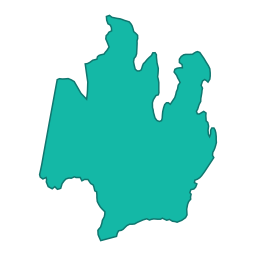 São João de Pirabas, Pará, Brazil (Equal Earth projection)
{"feature_id": "56859067B96544819367141", "entity_name": "São João de Pirabas", "entity_type": "district", "adm_level": 2, "iso_a3": "BRA", "parent_name": "Brazil", "parent_adm1": "Pará", "projection": "equal_earth", "projection_center": [-47.192, -0.774], "detail": "fine", "context": "isolated", "style": "filled", "palette": "teal", "viewbox_px": 256, "rotation_deg": 0, "n_neighbors": 0, "source": "geoboundaries", "source_scale": "gbopen_adm2", "svg_char_len": 3305}
<svg xmlns="http://www.w3.org/2000/svg" viewBox="0 0 256 256"><path d="M39.6,174.7L40.3,177.1L42.9,179.0L46.1,177.5L46.6,179.6L46.3,181.9L48.2,186.6L52.2,188.8L54.8,186.7L57.4,189.3L59.0,188.9L60.7,188.3L62.1,183.6L64.4,180.5L66.1,178.9L68.9,178.0L71.3,178.2L74.4,176.8L76.0,177.5L80.2,177.5L81.9,180.8L84.6,179.4L88.0,179.5L90.7,183.5L93.2,185.0L93.9,187.0L94.8,190.8L96.6,191.8L96.9,195.0L96.9,197.8L97.3,201.5L98.8,204.5L100.5,207.2L102.3,209.2L104.9,211.8L104.8,214.1L104.3,216.8L102.4,220.3L101.8,223.5L100.5,227.2L99.1,228.7L97.9,230.3L98.1,234.6L99.0,236.8L100.7,240.6L108.6,238.5L116.5,236.4L117.3,233.2L118.6,230.8L121.4,230.3L123.1,229.3L125.4,227.0L126.9,225.6L129.6,224.2L132.1,224.2L134.7,223.9L137.3,222.4L143.0,219.9L146.7,218.8L149.5,220.0L151.1,219.4L153.7,218.9L157.8,219.2L160.6,219.2L162.3,218.2L166.7,220.2L169.5,219.4L172.4,221.2L175.1,221.6L177.1,222.2L181.8,220.3L185.5,217.7L187.0,214.9L186.7,209.1L187.6,204.3L188.7,201.5L190.7,199.2L190.5,197.0L191.1,194.2L189.8,192.6L190.9,189.6L193.9,189.0L195.6,187.2L196.9,183.9L194.4,182.6L194.9,180.1L197.2,179.3L199.7,177.7L201.6,175.7L204.8,171.3L213.8,157.6L212.5,155.3L212.8,152.3L213.9,150.3L214.8,148.2L215.6,145.6L216.4,142.5L216.2,139.8L216.2,136.5L215.8,132.8L215.0,129.9L213.9,128.0L211.8,128.0L210.7,130.1L210.6,133.9L209.6,136.7L208.4,134.5L208.0,130.2L208.6,126.2L207.8,122.5L206.1,120.8L206.0,118.4L205.8,115.8L206.0,113.0L203.7,111.4L201.6,112.6L199.2,114.1L197.3,113.8L196.4,111.2L197.6,109.3L198.4,106.7L199.2,104.3L200.7,101.5L200.8,98.5L201.3,95.7L201.8,92.8L202.0,90.5L202.5,88.2L201.1,85.4L202.5,81.0L204.7,79.5L206.4,80.6L208.0,82.1L209.8,79.2L210.2,76.0L210.2,72.9L209.8,68.8L208.4,65.8L206.2,62.3L204.9,60.1L203.7,58.1L201.8,55.4L199.8,52.5L197.5,51.6L195.9,52.1L194.3,53.0L192.4,54.3L189.5,54.4L187.3,54.4L185.7,54.4L183.7,54.8L181.2,56.5L179.4,59.2L179.4,62.5L182.1,64.6L182.4,67.8L179.7,67.8L177.1,68.2L174.9,69.3L174.1,72.0L175.4,73.7L176.7,75.5L177.7,77.9L179.0,80.2L180.1,82.5L178.2,85.2L177.5,89.2L176.4,91.6L175.8,94.4L174.8,97.6L170.3,104.3L168.3,102.7L166.4,102.8L164.7,104.6L163.6,107.8L162.7,111.7L162.4,115.0L162.2,118.3L161.5,120.6L159.3,121.5L156.8,120.4L155.0,117.9L153.5,112.6L153.1,109.7L152.5,107.6L152.4,102.8L153.3,99.8L154.4,98.0L156.0,95.5L158.3,94.8L158.9,92.6L158.8,90.0L158.8,86.5L158.8,82.5L158.2,79.0L157.6,76.8L158.0,73.9L158.2,70.9L158.3,68.4L157.0,62.8L156.7,59.8L156.4,56.9L156.4,54.7L155.1,52.7L152.8,52.8L151.5,55.5L149.2,57.5L147.2,59.5L144.9,62.3L143.4,63.7L142.5,65.8L141.9,67.9L141.2,69.9L139.3,71.0L137.2,70.9L135.2,69.2L134.2,65.2L133.5,61.8L134.1,58.4L135.7,56.5L136.6,53.8L136.9,48.0L137.1,43.3L137.0,40.8L137.7,38.6L137.6,35.3L135.7,33.3L133.7,31.6L133.1,29.1L132.1,25.9L131.1,24.1L129.3,21.9L126.8,21.1L124.5,20.4L122.2,19.5L120.0,18.8L117.2,18.4L111.9,17.3L109.5,15.4L106.4,16.5L106.7,20.2L108.0,23.8L110.3,25.1L111.4,27.6L111.6,30.8L108.8,32.3L107.7,34.2L106.2,35.6L105.8,38.9L107.0,41.6L109.1,47.0L106.8,50.6L105.5,52.0L104.0,54.1L100.9,54.8L99.1,55.4L97.5,56.7L96.9,59.2L92.8,60.2L89.8,62.4L87.4,63.6L85.2,63.9L87.2,78.2L87.8,82.1L87.7,84.4L87.5,90.2L87.3,93.5L86.6,99.2L81.0,93.4L74.2,81.6L71.2,79.8L68.2,78.6L64.7,78.9L62.3,79.0L59.4,78.7L57.2,79.7L49.4,122.1L43.5,154.7L41.8,164.3L40.7,169.6L39.6,174.7Z" fill="#14b8a6" stroke="#0f766e" stroke-width="1.5"/></svg>